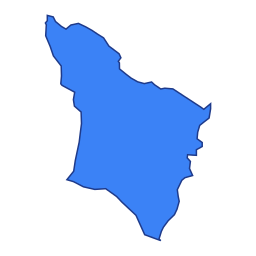 outline of Fyti, Paphos, Cyprus
{"feature_id": "46923920B41172680844699", "entity_name": "Fyti", "entity_type": "district", "adm_level": 2, "iso_a3": "CYP", "parent_name": "Cyprus", "parent_adm1": "Paphos", "projection": "orthographic", "projection_center": [32.544, 34.932], "detail": "fine", "context": "isolated", "style": "filled", "palette": "blue", "viewbox_px": 256, "rotation_deg": 0, "n_neighbors": 0, "source": "geoboundaries", "source_scale": "gbopen_adm2", "svg_char_len": 1137}
<svg xmlns="http://www.w3.org/2000/svg" viewBox="0 0 256 256"><path d="M45.4,23.0L46.3,24.8L45.7,35.8L50.2,46.5L53.4,55.9L61.2,66.0L61.5,76.0L60.8,83.8L62.1,85.4L74.7,92.2L73.4,99.6L74.4,106.1L81.1,112.0L81.5,123.6L80.5,131.4L79.2,142.1L75.3,160.5L73.7,171.2L66.9,179.7L73.4,181.6L83.4,186.8L94.7,189.4L105.7,188.7L116.6,196.5L122.1,202.3L136.0,215.3L140.8,226.0L144.7,234.7L153.9,238.1L160.8,240.6L159.0,239.0L161.4,231.3L163.4,227.2L168.2,220.7L174.4,214.7L177.0,209.2L179.2,201.3L178.2,196.4L177.3,189.7L181.8,180.3L184.9,177.7L192.6,175.5L189.5,168.5L190.4,161.4L187.2,157.9L187.6,154.7L192.5,155.1L196.4,155.3L196.4,149.7L202.2,146.5L202.2,142.5L197.1,138.8L197.7,132.2L199.7,125.4L203.7,122.2L209.1,118.0L210.6,108.8L210.6,103.7L203.8,109.3L200.6,107.0L184.0,96.2L172.9,88.9L164.7,88.2L160.8,89.0L154.6,84.8L151.6,82.0L144.3,83.6L137.6,81.8L131.1,78.1L125.9,74.1L119.5,68.9L119.4,62.9L118.3,61.3L120.9,57.8L119.1,53.8L114.5,50.3L108.9,46.1L103.6,37.9L97.2,33.9L92.0,30.4L85.8,26.9L78.4,23.4L70.9,25.0L66.0,29.1L61.5,26.5L55.5,21.5L53.2,16.9L47.3,15.4L47.3,20.7L45.4,23.0Z" fill="#3b82f6" stroke="#1e3a8a" stroke-width="1.5"/></svg>